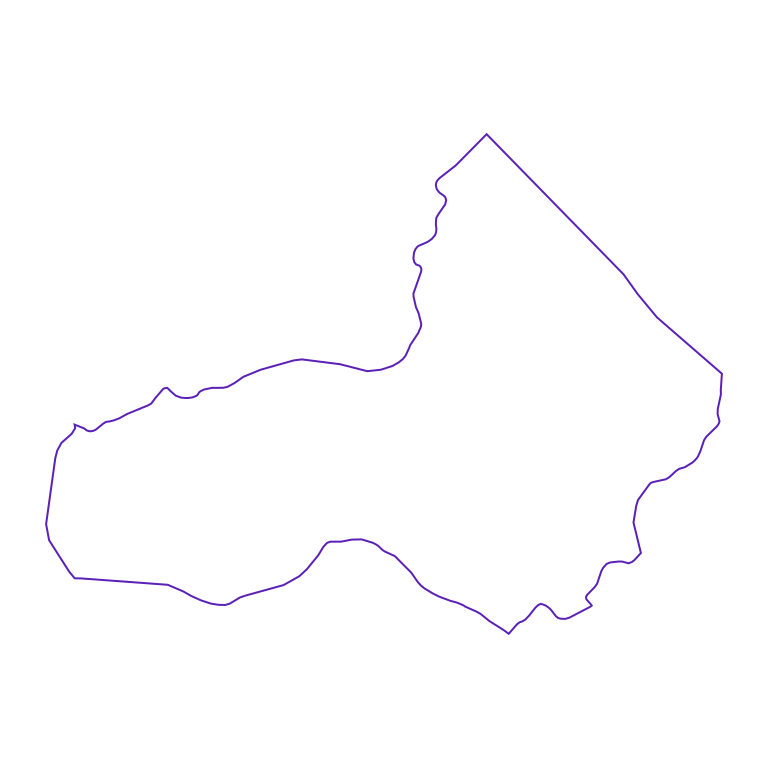 an SVG outline of Pouthisat
{"feature_id": "KHM-1780", "entity_name": "Pouthisat", "entity_type": "Province", "adm_level": 1, "iso_a3": "KHM", "parent_name": "Cambodia", "parent_adm1": "", "projection": "orthographic", "projection_center": [103.597, 12.527], "detail": "fine", "context": "isolated", "style": "outline", "palette": "violet", "viewbox_px": 768, "rotation_deg": 0, "n_neighbors": 0, "source": "natural_earth", "source_scale": "10m", "svg_char_len": 2758}
<svg xmlns="http://www.w3.org/2000/svg" viewBox="0 0 768 768"><path d="M74.7,578.3L69.2,571.7L49.1,540.2L46.1,524.1L55.3,458.1L57.3,450.4L61.5,442.8L71.7,433.8L75.2,428.2L74.6,424.6L84.1,428.4L85.8,429.7L86.4,430.1L87.3,430.6L88.9,431.1L90.7,431.3L93.1,430.9L95.9,429.6L103.1,423.7L106.0,421.9L109.7,421.4L113.8,420.4L119.5,418.2L127.0,414.0L148.2,405.3L151.3,403.5L155.7,397.6L163.3,388.8L164.9,388.2L167.2,387.9L168.0,388.5L170.3,390.9L175.6,395.6L180.3,397.4L182.6,397.8L185.3,398.0L188.4,398.0L192.4,397.4L195.1,396.4L196.9,395.5L197.8,394.5L199.3,392.1L201.0,391.0L204.1,389.5L211.8,387.9L223.1,387.8L227.4,386.9L234.4,383.1L243.4,376.8L260.7,369.7L293.8,360.4L301.9,359.4L340.0,364.2L367.3,371.2L381.0,369.7L392.6,365.9L399.0,362.2L402.8,359.1L405.4,356.0L409.1,348.1L409.4,347.3L410.1,345.3L418.3,332.9L421.0,326.5L421.2,324.8L421.1,323.2L418.5,312.9L416.0,307.3L413.6,296.8L413.4,293.7L421.1,271.7L421.3,270.1L421.4,269.4L421.1,268.1L420.6,267.1L420.0,266.2L419.2,265.6L416.1,264.5L414.3,262.1L413.4,258.3L414.0,252.7L415.5,249.1L417.3,246.8L418.7,245.8L426.6,242.4L429.2,240.9L431.8,238.9L435.1,235.1L436.2,231.8L436.4,228.5L435.9,225.2L435.9,222.7L436.3,217.9L438.4,214.2L445.1,204.5L446.2,200.2L445.1,196.9L442.9,195.0L440.3,193.3L438.7,191.8L436.7,189.0L435.8,185.1L436.5,181.9L438.0,179.7L439.8,177.9L455.9,165.3L486.6,134.2L623.5,274.3L637.6,294.0L657.0,317.4L721.9,373.7L720.8,390.1L720.9,394.4L717.8,408.8L717.6,414.1L719.5,421.3L718.8,423.5L717.1,426.2L706.3,436.7L704.0,440.3L700.4,451.1L698.1,456.2L697.3,457.5L695.4,459.8L692.6,462.4L685.4,466.9L683.3,467.7L681.9,468.0L679.1,468.9L675.8,471.1L669.5,477.0L667.5,478.3L665.7,479.3L653.8,481.9L651.3,482.7L650.4,483.2L649.2,484.6L638.0,500.0L636.2,505.9L633.5,522.5L640.9,553.0L634.4,560.1L632.1,561.9L628.7,563.3L621.8,561.5L618.6,561.5L610.0,562.5L606.6,563.9L603.2,567.7L601.3,571.2L597.1,583.7L594.7,587.1L587.1,594.9L585.9,597.2L586.4,599.3L591.0,604.5L591.7,605.6L590.4,606.7L569.5,617.6L565.3,618.9L560.7,618.7L558.1,618.0L556.0,616.3L550.9,609.7L548.6,607.6L545.9,605.7L543.1,604.5L540.7,603.9L538.1,605.1L535.2,607.9L529.1,615.6L525.3,619.6L521.7,621.7L520.2,622.0L518.1,623.4L516.8,624.5L508.7,633.8L504.3,630.5L489.3,621.0L480.7,614.0L476.9,611.8L464.8,606.4L463.6,605.4L457.0,602.6L450.3,600.8L439.1,596.6L432.7,593.4L424.3,588.3L420.9,585.5L417.9,582.2L411.3,572.7L395.4,556.7L394.4,555.9L384.8,551.5L382.5,550.0L378.1,545.8L375.3,544.0L372.5,542.7L361.6,539.4L351.8,539.6L340.8,541.7L330.3,541.7L327.0,542.9L323.4,546.8L318.3,555.2L306.9,569.2L299.2,576.3L283.5,585.1L246.5,595.3L240.1,597.4L229.7,603.7L225.1,605.0L218.4,604.8L211.2,603.7L201.1,600.4L191.3,596.0L183.2,591.4L167.8,584.8L80.9,578.4L74.7,578.3L74.7,578.3Z" fill="none" stroke="#5b21b6" stroke-width="2"/></svg>